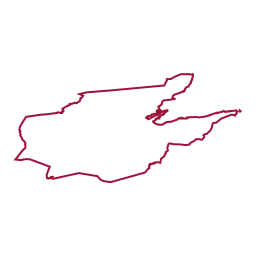 Vopnafjarðarhreppur, Austurland, Iceland
{"feature_id": "244011B85031335132444", "entity_name": "Vopnafjarðarhreppur", "entity_type": "district", "adm_level": 2, "iso_a3": "ISL", "parent_name": "Iceland", "parent_adm1": "Austurland", "projection": "robinson", "projection_center": [-14.859, 65.704], "detail": "fine", "context": "isolated", "style": "outline", "palette": "rose", "viewbox_px": 256, "rotation_deg": 0, "n_neighbors": 0, "source": "geoboundaries", "source_scale": "gbopen_adm2", "svg_char_len": 5728}
<svg xmlns="http://www.w3.org/2000/svg" viewBox="0 0 256 256"><path d="M15.4,159.5L20.7,160.1L22.6,159.8L23.6,159.3L25.2,159.3L26.3,159.1L29.0,159.3L29.7,159.2L49.8,166.7L48.5,169.8L46.6,175.1L47.0,178.1L47.3,178.3L48.2,178.1L48.2,178.3L48.7,178.2L49.0,178.4L49.2,178.2L49.8,178.3L50.4,178.1L51.1,178.2L51.5,177.9L51.6,177.5L51.3,177.0L52.2,176.9L52.4,176.9L52.1,177.3L52.9,178.8L79.0,173.1L97.6,176.2L99.4,178.6L100.9,179.9L102.2,180.5L103.9,181.1L108.5,181.9L111.2,182.0L145.0,172.5L147.9,169.0L148.5,168.5L149.2,168.3L149.2,167.8L149.0,167.3L149.7,166.0L149.5,165.9L149.6,165.6L149.2,165.1L149.6,164.8L149.7,164.3L150.2,163.8L150.7,163.8L151.3,164.2L152.3,163.9L152.3,163.5L152.8,163.2L153.3,163.3L153.7,163.6L154.2,163.7L154.5,163.4L154.2,162.9L154.9,162.4L156.3,162.5L156.9,162.2L157.6,162.2L160.3,162.8L160.9,159.4L161.2,158.7L164.1,156.4L164.5,155.9L164.4,155.0L164.5,154.8L165.9,153.5L165.6,152.2L167.8,150.7L167.9,150.4L167.4,148.5L167.4,146.8L168.1,145.6L168.4,144.2L168.9,143.6L169.9,143.4L172.2,144.0L175.1,144.3L180.1,144.4L186.1,145.1L189.5,144.5L190.0,143.5L190.6,142.8L193.8,141.2L195.8,139.4L197.1,139.1L198.7,139.1L199.9,139.3L201.6,139.8L202.1,139.7L204.2,137.0L204.2,136.4L203.5,135.3L203.5,135.0L204.9,134.2L206.7,133.9L210.6,130.2L210.9,129.0L211.7,127.8L212.8,123.4L214.0,122.9L216.3,122.6L221.4,118.5L231.8,114.6L234.6,115.4L234.5,115.2L235.5,114.5L236.0,113.9L236.3,113.9L236.3,113.5L236.9,112.9L237.0,112.4L236.7,111.8L236.9,111.3L236.5,110.9L236.5,110.4L236.3,110.3L235.9,110.7L233.7,110.7L232.2,111.0L230.4,111.0L230.2,111.1L229.8,111.1L229.7,111.4L229.2,111.2L228.9,111.3L228.3,111.3L228.3,111.5L228.1,111.6L227.4,111.4L226.7,111.8L226.3,111.7L225.8,111.9L225.2,111.8L225.1,111.6L224.7,111.7L224.3,111.6L224.2,111.2L223.5,111.3L223.4,111.2L223.3,111.4L222.6,111.5L221.2,112.1L220.8,112.0L218.2,112.9L217.8,112.6L217.2,112.5L216.6,113.2L215.5,113.1L211.7,114.5L210.7,114.7L210.8,114.8L209.7,115.5L208.4,115.6L206.6,116.3L205.1,116.4L204.4,116.7L201.6,117.1L198.6,117.4L195.7,116.9L194.8,116.9L193.8,117.2L191.6,117.1L189.8,117.2L189.0,117.4L188.4,117.2L187.8,117.7L187.1,117.6L187.3,118.1L186.7,118.6L185.7,118.6L183.9,118.5L183.4,118.2L182.9,118.5L181.9,118.7L181.4,118.5L181.4,117.8L180.9,117.9L180.0,118.1L179.9,118.4L179.3,118.3L179.0,118.7L178.2,118.5L177.0,119.7L174.0,120.7L172.7,121.0L172.0,121.6L170.4,121.8L169.2,121.7L168.8,122.0L167.2,122.0L166.7,122.2L166.3,122.1L164.9,123.2L164.2,123.2L163.4,124.1L162.7,124.3L161.6,124.9L158.3,124.6L155.3,123.5L154.5,123.1L153.4,122.1L153.1,121.4L153.2,121.2L153.7,121.0L154.6,120.8L155.4,120.1L155.6,119.5L156.7,119.0L156.8,118.8L156.6,118.7L157.3,118.4L157.4,118.0L158.0,118.1L157.9,118.0L158.1,117.7L158.2,117.8L158.2,117.7L158.4,117.5L158.3,117.4L158.7,117.2L158.4,117.2L158.6,117.1L159.3,117.0L158.7,117.0L158.9,116.9L159.0,116.5L159.3,116.6L159.1,116.6L159.3,116.6L159.2,116.7L159.3,116.7L159.7,116.3L159.9,116.6L159.7,116.9L159.8,117.2L159.3,117.5L159.9,117.3L160.4,116.0L161.2,115.0L162.4,115.0L162.5,114.8L162.7,114.7L163.4,114.8L163.8,114.2L164.1,114.1L164.2,113.8L163.8,113.6L164.1,113.4L164.2,113.1L164.8,112.8L167.5,110.9L167.6,110.5L167.4,110.2L165.9,110.4L164.7,110.9L164.0,110.8L163.5,111.3L162.2,111.9L158.4,114.3L157.8,114.6L157.4,114.1L157.6,114.6L151.1,117.8L150.2,118.5L149.3,118.7L148.8,119.0L148.1,119.2L147.6,118.7L148.6,118.7L147.6,118.3L147.5,117.9L147.0,117.9L147.2,117.7L146.4,117.6L146.4,117.1L146.7,116.8L147.5,116.6L148.6,115.9L151.2,115.7L151.4,115.6L151.2,115.1L152.0,114.5L153.4,114.2L153.8,113.8L157.3,114.0L157.0,113.7L157.0,112.9L157.2,112.6L157.0,112.3L157.5,112.2L157.0,111.8L157.1,111.6L156.9,111.4L156.8,110.8L157.2,110.3L157.5,110.2L158.2,110.3L158.1,111.0L158.5,111.1L158.6,111.3L158.9,111.4L161.1,112.0L162.3,111.7L162.4,111.4L161.0,110.7L159.8,109.6L158.7,107.9L158.3,106.8L158.4,106.5L159.3,106.3L159.4,106.0L160.1,105.7L160.3,105.4L160.6,105.3L161.3,104.5L161.7,104.4L161.9,104.2L161.9,102.8L162.2,102.1L162.8,101.2L163.5,100.5L164.6,100.2L166.3,100.3L168.0,99.9L168.5,100.0L170.8,99.6L171.6,99.2L172.7,99.2L172.9,99.0L173.8,99.2L174.4,99.2L174.7,98.9L174.6,98.6L173.3,98.5L172.8,98.2L172.6,97.9L172.7,96.5L173.1,95.7L173.9,95.1L174.6,94.8L174.8,94.4L180.1,92.9L180.7,92.2L181.5,92.3L183.4,91.7L183.1,91.2L183.4,91.0L184.1,90.9L184.0,90.7L184.7,90.3L184.7,90.0L185.0,89.6L184.9,89.2L185.6,88.0L186.9,87.0L188.0,86.8L188.5,86.4L189.1,85.2L189.4,85.0L190.0,83.9L190.8,83.3L190.9,82.6L190.6,82.3L190.9,81.4L191.6,80.8L191.4,80.5L192.3,79.1L192.1,78.5L192.7,77.2L192.7,76.6L193.0,75.9L193.0,75.3L192.8,75.0L192.9,74.4L192.7,74.1L190.4,74.6L188.6,74.0L187.0,74.2L180.9,74.2L174.5,76.8L171.1,78.9L170.6,79.0L166.8,79.2L166.9,80.2L166.8,80.8L165.5,82.5L165.4,83.3L164.6,84.6L164.3,85.5L109.8,90.5L86.2,92.4L79.5,94.1L83.0,95.7L82.6,96.3L82.6,96.6L81.6,97.6L80.7,98.1L81.0,98.5L80.5,98.8L80.2,99.3L79.8,101.1L78.6,101.9L77.3,102.5L77.1,103.0L76.8,103.2L75.5,103.1L75.3,102.8L75.1,102.7L74.8,102.9L73.5,103.0L72.7,103.7L70.5,103.9L70.7,104.1L70.5,104.5L70.4,104.7L68.4,105.4L68.1,105.8L67.4,105.7L66.8,106.4L65.1,107.2L64.1,108.0L62.6,108.5L62.5,109.2L62.9,109.3L62.8,109.9L63.5,110.5L63.4,110.9L63.5,111.0L63.0,111.6L62.3,111.7L62.5,112.1L62.2,112.8L61.5,112.7L60.6,112.8L60.8,113.0L60.3,113.0L60.0,112.8L58.4,112.3L57.7,112.4L57.7,112.6L57.5,112.8L56.8,112.8L56.7,113.0L45.4,114.4L40.9,114.7L26.0,116.9L19.9,126.7L19.4,130.0L20.4,131.0L19.7,132.2L20.5,133.4L20.6,134.3L20.2,135.1L20.4,135.6L20.9,136.1L22.9,140.4L24.1,141.0L25.4,143.2L25.4,143.7L25.0,144.5L25.4,145.3L25.5,146.0L25.4,146.9L25.0,148.1L24.6,148.7L23.4,149.4L15.4,159.5ZM240.1,111.0L239.8,110.7L239.8,110.9L239.3,111.3L239.8,111.7L240.0,111.7L240.5,111.5L240.6,111.0L240.4,110.8L240.1,111.0Z" fill="none" stroke="#9f1239" stroke-width="2"/></svg>